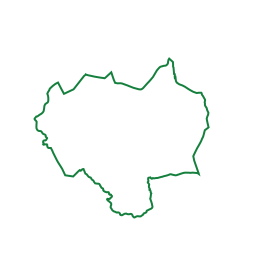 Kota Payakumbuh, Sumatera Barat, Indonesia, rotated 229°
{"feature_id": "22746128B75816793285642", "entity_name": "Kota Payakumbuh", "entity_type": "district", "adm_level": 2, "iso_a3": "IDN", "parent_name": "Indonesia", "parent_adm1": "Sumatera Barat", "projection": "robinson", "projection_center": [100.624, -0.229], "detail": "fine", "context": "isolated", "style": "outline", "palette": "green", "viewbox_px": 256, "rotation_deg": 229, "n_neighbors": 0, "source": "geoboundaries", "source_scale": "gbopen_adm2", "svg_char_len": 5471}
<svg xmlns="http://www.w3.org/2000/svg" viewBox="0 0 256 256"><g transform="rotate(229 128 128)"><path d="M163.5,56.7L160.3,55.9L158.2,55.2L150.4,53.2L148.0,52.7L142.7,51.9L140.3,51.5L133.5,49.6L127.4,54.8L127.5,56.5L127.9,62.2L127.9,63.8L127.3,63.9L127.0,64.0L126.8,64.4L126.7,64.8L126.9,65.0L127.0,65.3L127.0,65.6L126.8,66.0L126.6,66.3L126.6,66.6L126.6,67.0L126.2,67.5L121.5,65.9L120.3,66.4L119.6,66.4L118.3,66.3L117.4,66.3L116.9,66.3L116.0,66.7L115.7,66.8L115.2,67.3L114.9,67.3L112.8,66.9L111.8,67.2L111.1,67.4L109.4,67.0L107.8,66.9L106.7,67.8L105.3,69.2L104.6,69.6L103.6,69.5L103.3,69.4L103.1,69.3L102.8,69.2L102.5,69.1L101.9,69.2L101.4,69.0L101.0,68.9L100.1,68.8L99.9,68.9L98.8,69.4L98.7,69.4L97.8,69.0L97.6,68.7L97.4,68.7L97.2,68.5L96.6,68.4L96.2,68.4L95.5,68.7L95.3,68.8L94.7,68.9L94.3,69.3L94.2,69.3L93.9,69.5L93.5,69.7L93.3,70.0L92.6,70.9L92.3,71.2L92.0,71.2L91.7,71.1L91.0,70.7L90.7,70.5L90.5,70.4L90.2,70.4L89.6,70.5L89.4,71.0L89.2,71.3L88.8,71.4L88.4,71.2L87.9,71.2L87.4,71.3L87.1,71.2L86.9,70.9L86.7,70.5L86.6,69.9L86.7,69.3L86.6,68.8L86.6,68.6L86.7,68.2L86.5,67.6L86.8,67.2L87.0,66.9L87.4,66.6L87.7,66.4L87.9,66.2L88.0,65.8L88.0,65.6L87.9,65.4L87.7,65.3L86.7,65.2L86.1,65.3L85.6,65.5L84.8,65.6L83.9,65.7L83.5,65.8L83.0,65.9L82.4,65.8L82.0,65.7L81.7,65.5L81.3,65.2L81.0,64.9L80.6,64.2L80.3,63.7L79.9,63.2L79.3,62.7L77.8,62.6L77.3,62.4L76.9,62.3L76.2,62.3L75.7,62.3L74.2,62.7L73.1,63.4L72.6,63.6L72.1,63.7L71.5,64.1L71.2,64.4L71.1,64.8L70.8,65.1L70.4,65.5L69.9,65.7L69.2,65.8L68.8,65.8L68.5,65.6L68.1,65.4L67.8,65.3L67.3,65.3L66.8,65.6L66.4,65.9L66.1,66.3L65.7,68.1L65.6,69.0L65.3,69.4L65.0,69.9L64.6,70.5L64.2,70.7L63.5,71.0L62.9,71.5L62.3,72.1L61.9,72.8L61.6,73.4L61.4,73.7L61.1,74.0L60.6,74.2L60.1,74.3L59.6,74.2L58.5,73.8L57.0,73.8L56.6,73.9L56.2,74.2L56.0,75.1L55.8,76.0L55.5,76.8L55.2,77.3L54.8,77.8L54.4,78.0L54.0,78.5L53.4,79.0L53.0,79.6L52.7,82.5L53.2,83.8L52.9,84.5L52.7,85.2L52.4,86.1L52.4,86.6L53.2,87.8L53.2,88.2L52.8,89.5L52.6,90.4L52.0,92.4L51.9,92.9L51.9,93.5L52.2,94.4L52.4,94.7L52.8,95.0L53.1,95.2L53.4,95.3L55.5,96.5L57.6,97.4L59.9,98.3L60.1,98.4L60.2,98.7L60.6,99.2L61.9,100.8L62.3,101.2L62.6,101.5L63.2,102.2L63.4,102.7L64.4,102.8L64.6,103.0L64.8,103.1L65.0,103.3L65.5,103.6L65.8,103.7L66.3,103.8L66.8,103.6L67.0,103.5L67.3,103.6L67.4,103.8L67.5,104.0L67.5,104.4L67.7,104.5L69.2,104.8L69.9,105.2L70.5,105.7L71.2,106.7L71.5,106.9L72.0,107.1L73.2,107.2L73.7,107.1L74.1,107.3L74.5,108.5L75.3,109.1L75.6,109.2L75.8,109.3L76.3,109.7L77.0,110.5L77.0,110.8L76.3,111.9L76.1,112.4L75.7,112.4L74.8,112.4L74.2,112.6L74.0,112.8L74.1,113.4L73.9,113.8L73.7,114.1L73.0,114.5L72.9,114.6L71.8,116.4L71.4,117.0L71.2,117.1L70.8,117.7L69.6,120.3L69.0,121.4L68.5,122.3L68.3,123.0L66.7,126.1L66.2,127.3L65.8,128.4L65.6,128.8L65.5,129.4L65.0,130.0L63.5,131.0L61.3,132.6L60.4,133.9L60.2,134.7L60.0,135.0L59.6,135.8L59.4,136.6L57.7,140.4L56.9,141.7L55.0,143.9L53.1,145.8L51.9,147.5L49.1,150.2L48.2,150.9L47.4,151.2L46.9,151.3L47.5,151.6L56.3,155.1L60.0,156.6L63.9,158.8L65.3,161.9L67.3,166.7L69.2,172.2L70.3,175.0L71.1,176.4L72.2,179.1L73.2,180.6L75.9,184.5L75.6,189.2L79.0,191.0L81.0,192.1L83.4,193.5L84.8,195.7L85.4,197.1L86.8,198.7L89.6,199.5L91.6,200.5L93.9,200.8L94.8,201.1L96.1,202.2L97.2,202.8L97.8,203.7L98.6,204.6L99.8,204.9L102.7,205.5L104.7,205.7L105.9,206.4L106.6,206.4L108.3,204.4L109.3,202.8L112.5,201.0L115.7,199.8L119.0,198.8L121.6,198.1L124.2,197.1L127.5,195.3L130.3,194.6L132.0,195.0L133.7,196.1L135.1,197.1L135.2,196.3L136.1,196.9L137.1,198.0L138.0,198.6L138.5,198.2L143.9,202.1L144.6,202.2L146.6,203.9L148.4,205.2L153.3,204.6L153.0,203.5L152.4,202.6L151.5,201.5L150.9,200.9L150.4,200.1L150.2,198.9L150.2,198.1L150.3,197.7L150.5,197.1L150.9,196.6L151.7,195.4L152.0,194.5L152.4,193.9L152.7,193.2L153.0,192.3L153.0,191.3L152.9,190.1L152.5,187.5L150.9,182.7L150.1,180.3L149.5,176.4L149.2,174.1L149.0,171.8L148.2,165.6L148.3,164.2L148.5,163.4L149.1,162.5L150.1,161.6L152.0,160.3L154.9,158.4L157.0,157.3L158.5,156.5L160.5,155.5L165.5,152.7L166.0,152.3L166.9,151.5L167.7,150.5L168.2,149.8L168.7,149.3L170.5,147.9L173.4,148.8L176.9,150.2L179.7,151.4L181.0,151.9L180.9,147.3L180.8,143.9L180.9,143.0L185.1,139.4L188.9,136.3L192.0,134.0L193.7,132.7L195.5,131.5L196.1,131.3L196.0,131.1L196.0,130.7L196.1,129.3L196.0,128.5L192.9,112.3L193.7,109.5L195.8,102.1L202.5,103.6L208.2,105.0L208.4,104.1L208.7,103.1L208.9,102.1L209.1,99.3L209.1,97.9L209.0,95.1L208.8,94.4L208.7,94.1L208.5,93.9L208.3,93.7L207.7,91.6L207.1,90.2L206.7,89.5L206.2,89.4L205.1,88.9L204.0,88.3L202.6,87.3L201.4,86.2L200.5,85.3L200.1,84.5L200.0,83.9L200.2,82.6L200.3,81.3L200.1,80.7L199.6,79.5L197.6,77.3L196.1,75.4L195.8,74.6L195.6,73.5L195.6,72.6L195.6,71.9L195.8,71.0L196.0,69.7L196.1,68.3L196.2,67.5L196.3,67.0L196.5,66.7L196.8,66.4L196.4,63.8L196.1,63.4L195.5,63.2L194.5,63.2L193.8,63.3L192.6,63.1L189.8,60.4L188.7,59.4L187.5,58.6L186.0,58.3L185.2,58.4L184.6,58.6L183.8,59.2L183.3,59.7L182.7,60.2L182.2,60.3L181.6,60.3L181.0,60.1L180.6,60.1L179.6,60.1L178.9,60.2L178.3,60.6L177.7,60.9L177.3,61.0L176.9,61.1L176.4,61.0L176.0,60.7L175.6,60.3L175.3,60.2L174.8,60.2L173.7,60.4L173.4,60.3L173.2,59.7L172.7,58.4L172.7,58.0L172.9,57.3L173.5,56.8L173.7,56.4L173.8,56.0L173.7,55.5L173.3,54.9L172.8,54.5L172.2,54.5L171.9,54.4L171.8,54.1L172.1,53.5L171.8,54.0L171.6,53.9L171.4,53.3L171.3,53.2L171.1,53.2L170.8,53.3L170.0,54.7L169.5,55.4L169.2,55.7L168.9,56.0L168.6,55.9L168.2,55.9L167.7,55.4L166.9,55.0L166.0,54.7L165.1,54.9L163.5,56.7Z" fill="none" stroke="#15803d" stroke-width="2"/></g></svg>